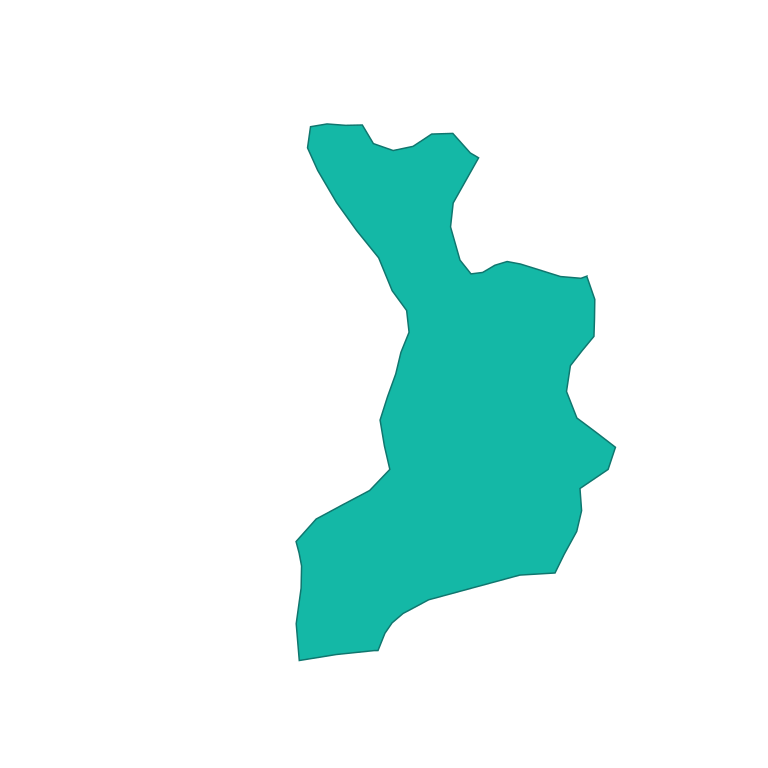 an SVG outline of Tovuz, rotated 145°
{"feature_id": "AZE-1687", "entity_name": "Tovuz", "entity_type": "District", "adm_level": 1, "iso_a3": "AZE", "parent_name": "Azerbaijan", "parent_adm1": "", "projection": "orthographic", "projection_center": [45.732, 40.914], "detail": "fine", "context": "isolated", "style": "filled", "palette": "teal", "viewbox_px": 768, "rotation_deg": 145, "n_neighbors": 0, "source": "natural_earth", "source_scale": "10m", "svg_char_len": 1023}
<svg xmlns="http://www.w3.org/2000/svg" viewBox="0 0 768 768"><g transform="rotate(145 384 384)"><path d="M176.8,515.0L223.5,492.6L239.4,474.5L250.7,441.9L249.6,424.3L239.2,418.8L225.1,417.7L212.9,413.7L203.4,404.0L177.8,370.8L162.0,357.6L156.0,356.0L156.1,355.9L162.8,332.4L174.3,316.5L184.7,302.6L202.5,297.7L220.8,292.1L238.8,273.2L245.5,245.5L238.0,222.7L230.7,199.4L249.4,185.5L283.4,186.0L294.8,166.9L310.7,152.7L334.2,141.1L352.3,131.1L382.4,149.6L471.1,181.6L500.0,185.1L514.4,183.7L526.2,179.3L541.8,169.1L545.0,171.3L578.3,189.8L612.0,206.1L593.4,238.0L569.0,264.3L562.5,273.2L555.9,282.2L550.5,294.2L546.4,305.4L517.0,312.3L486.5,308.7L456.8,305.0L428.2,310.7L419.2,333.0L407.9,356.7L388.5,371.5L368.6,385.5L352.0,400.2L333.8,412.0L323.3,431.2L323.8,455.7L316.0,490.4L318.4,525.3L318.8,559.8L315.8,597.0L311.2,621.3L296.6,636.9L281.5,629.7L267.1,617.9L253.2,608.6L254.8,587.0L242.6,570.0L223.9,562.0L201.6,561.4L183.9,549.8L180.8,523.8L176.8,515.0Z" fill="#14b8a6" stroke="#0f766e" stroke-width="1.5"/></g></svg>